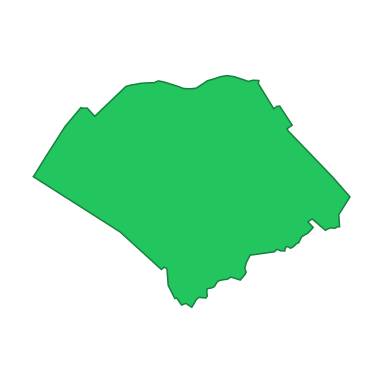 Kulaijaya, Johor, Malaysia, rotated 353°
{"feature_id": "92858781B77755411745481", "entity_name": "Kulaijaya", "entity_type": "district", "adm_level": 2, "iso_a3": "MYS", "parent_name": "Malaysia", "parent_adm1": "Johor", "projection": "orthographic", "projection_center": [103.587, 1.669], "detail": "fine", "context": "isolated", "style": "filled", "palette": "green", "viewbox_px": 384, "rotation_deg": 353, "n_neighbors": 0, "source": "geoboundaries", "source_scale": "gbopen_adm2", "svg_char_len": 1419}
<svg xmlns="http://www.w3.org/2000/svg" viewBox="0 0 384 384"><g transform="rotate(353 192 192)"><path d="M35.8,157.0L115.8,222.9L152.2,265.2L153.8,264.2L155.0,263.2L156.8,264.2L157.8,265.4L157.0,281.9L162.0,295.6L164.0,295.4L167.9,303.0L172.3,301.8L177.7,306.4L180.2,303.3L183.0,299.5L185.8,297.4L192.2,298.8L193.0,298.9L194.5,297.1L194.5,293.6L195.1,289.9L199.8,289.6L202.6,288.7L205.9,284.5L208.1,283.3L212.1,282.9L216.3,282.9L217.9,282.3L220.1,281.1L229.2,285.3L234.8,280.1L236.0,278.1L235.8,276.7L235.0,274.5L236.2,271.4L237.4,268.6L239.0,266.2L242.0,261.8L266.6,261.4L269.4,259.2L272.8,261.2L277.0,261.8L277.4,260.0L279.0,257.8L280.7,258.0L282.9,259.8L284.9,259.2L287.3,257.8L288.7,256.4L291.9,255.2L295.3,249.9L298.3,248.5L301.8,247.1L304.4,245.1L308.0,241.9L303.4,235.7L308.0,233.4L319.7,246.3L322.1,245.3L325.1,244.5L327.9,245.1L330.1,245.3L331.7,244.3L334.3,244.5L334.9,232.4L348.2,216.1L337.5,200.3L333.9,195.0L295.3,143.6L293.9,140.9L299.6,137.9L289.5,117.4L286.7,117.4L283.3,119.4L271.0,92.5L272.0,89.5L266.3,88.5L261.3,89.1L257.0,86.9L247.7,82.6L240.8,80.7L234.3,81.0L226.5,82.6L220.6,83.5L217.2,85.4L213.2,87.3L208.8,89.4L202.9,89.4L196.1,88.2L190.2,85.1L181.8,81.3L177.1,79.2L172.1,77.6L167.8,78.9L160.3,78.2L154.7,77.9L148.5,78.2L143.5,78.5L139.2,79.2L104.7,105.0L98.2,95.9L94.1,95.6L92.0,94.7L73.9,111.6L52.0,138.1L36.6,157.3L35.8,157.0Z" fill="#22c55e" stroke="#15803d" stroke-width="1.5"/></g></svg>